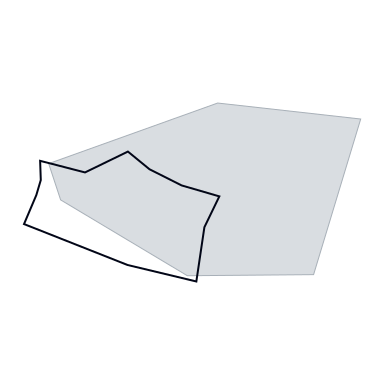 Saint Peter highlighted on a map of Montserrat, rotated 271°
{"feature_id": "MSR-5089", "entity_name": "Saint Peter", "entity_type": "Parish", "adm_level": 1, "iso_a3": "MSR", "parent_name": "Montserrat", "parent_adm1": "", "projection": "orthographic", "projection_center": [-62.194, 16.779], "detail": "fine", "context": "in_parent", "style": "outline", "palette": "ink", "viewbox_px": 384, "rotation_deg": 271, "n_neighbors": 0, "source": "natural_earth", "source_scale": "10m", "svg_char_len": 461}
<svg xmlns="http://www.w3.org/2000/svg" viewBox="0 0 384 384"><g transform="rotate(271 192 192)"><path d="M281.4,216.1L267.9,359.4L111.5,315.0L108.2,188.8L181.8,60.8L217.9,48.2L281.4,216.1Z" fill="#d9dde1" stroke="#a8b0b8" stroke-width="1"/><path d="M102.6,197.9L117.9,128.8L157.0,24.6L186.2,36.4L201.3,40.6L220.5,39.6L209.7,84.7L231.3,127.2L214.0,149.1L198.4,181.5L188.1,219.4L157.0,205.0L102.6,197.9Z" fill="none" stroke="#020617" stroke-width="2"/></g></svg>